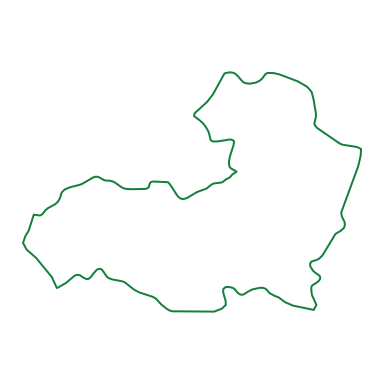 SVG path tracing the border of Aragatsotn
{"feature_id": "ARM-1553", "entity_name": "Aragatsotn", "entity_type": "Province", "adm_level": 1, "iso_a3": "ARM", "parent_name": "Armenia", "parent_adm1": "", "projection": "robinson", "projection_center": [44.108, 40.464], "detail": "fine", "context": "isolated", "style": "outline", "palette": "green", "viewbox_px": 384, "rotation_deg": 0, "n_neighbors": 0, "source": "natural_earth", "source_scale": "10m", "svg_char_len": 2667}
<svg xmlns="http://www.w3.org/2000/svg" viewBox="0 0 384 384"><path d="M56.8,287.9L51.8,277.0L36.1,257.9L26.6,249.6L23.0,242.9L25.5,235.8L28.5,231.1L33.8,214.7L39.9,215.5L41.3,214.9L42.9,213.6L45.5,210.2L48.0,208.1L55.2,204.2L57.7,202.0L59.6,198.8L60.5,196.5L61.1,194.0L62.5,191.5L64.8,189.5L69.6,187.4L79.4,184.9L82.5,183.7L93.2,177.4L95.9,176.7L98.3,176.9L103.9,180.0L105.7,180.5L110.0,180.8L112.3,181.3L114.3,182.1L121.5,187.2L123.5,188.2L125.3,188.8L131.1,189.2L145.7,188.9L147.7,188.1L148.9,186.9L149.4,184.6L150.0,183.1L151.0,182.0L153.2,181.5L167.8,182.2L168.5,182.8L169.2,183.5L171.3,186.3L177.0,195.2L178.4,196.9L179.8,198.0L181.4,198.8L183.0,199.0L185.1,198.7L187.4,197.8L196.9,192.1L206.4,188.6L211.8,184.4L213.2,183.7L214.9,183.3L220.8,182.6L222.7,181.9L224.2,180.9L225.9,179.4L229.1,177.8L230.3,176.9L232.1,174.7L233.5,173.6L236.1,172.1L236.4,171.6L235.3,170.8L231.6,168.8L230.5,168.0L229.6,166.8L229.0,164.6L229.0,161.6L230.1,155.8L233.6,144.9L234.0,142.5L233.7,140.8L231.8,139.7L229.8,139.5L218.5,141.3L213.4,141.5L212.0,141.2L210.9,140.3L210.3,138.8L209.2,133.9L208.4,131.7L207.5,129.7L205.2,126.1L202.8,123.1L199.7,120.3L194.3,116.3L194.1,114.8L195.1,112.8L207.0,102.0L212.8,94.6L224.5,73.4L229.1,72.4L230.8,72.4L233.2,72.8L235.4,73.8L238.0,76.3L241.5,80.4L243.2,82.2L246.1,83.3L249.8,83.7L255.9,82.6L259.7,80.7L262.3,78.4L265.0,74.7L266.0,73.7L267.3,73.1L269.0,72.9L273.8,73.1L279.4,74.4L297.9,81.4L306.7,86.5L309.1,88.9L311.6,92.0L313.4,98.6L315.9,113.3L315.9,117.2L314.4,123.2L314.6,124.9L317.0,127.9L339.7,143.5L342.8,144.8L356.1,146.8L358.6,147.7L361.0,149.0L360.7,155.6L358.1,166.6L341.2,212.5L341.8,216.3L344.6,222.1L344.9,225.0L343.9,228.0L340.7,230.8L335.5,233.9L322.4,255.5L319.3,258.5L316.3,260.1L313.7,260.8L311.3,261.7L310.1,263.8L310.3,266.4L313.0,270.7L315.4,272.8L319.4,275.6L320.2,277.2L320.1,279.0L318.5,281.2L316.6,282.7L312.2,285.4L311.3,287.1L311.3,290.1L311.9,294.9L316.4,304.9L313.7,309.9L293.0,305.6L285.3,302.3L278.9,297.6L277.2,296.8L275.3,296.2L269.5,293.1L267.5,290.7L265.6,288.8L262.9,287.8L259.1,287.9L251.9,289.6L247.9,291.7L244.9,293.7L242.8,294.7L240.5,294.6L238.0,293.1L235.0,289.5L233.6,288.3L231.9,287.6L229.9,287.2L227.7,286.9L225.5,287.2L223.4,288.9L223.1,291.4L223.7,294.4L225.6,300.7L225.8,304.9L221.8,308.7L214.2,311.6L172.3,311.3L169.6,310.5L166.9,308.9L161.5,304.7L156.0,298.7L152.7,296.8L139.2,292.4L134.2,289.7L125.3,282.7L123.9,281.9L121.3,281.1L112.1,279.4L108.9,278.2L107.0,276.9L102.6,270.5L101.0,269.0L99.1,268.8L96.7,269.8L93.2,273.8L91.1,276.7L88.8,278.8L86.4,279.1L82.7,277.2L80.1,275.3L77.1,274.8L74.3,275.9L66.1,282.9L57.3,287.9L56.8,287.9Z" fill="none" stroke="#15803d" stroke-width="2"/></svg>